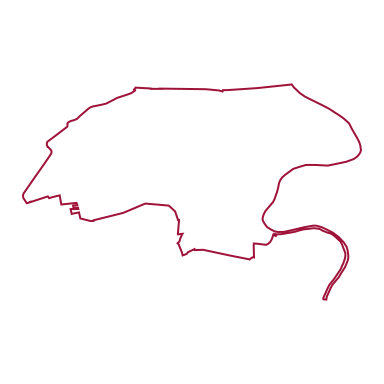 Skrunda, Skrundas, Latvia (Equal Earth projection)
{"feature_id": "27541924B8322531432805", "entity_name": "Skrunda", "entity_type": "district", "adm_level": 2, "iso_a3": "LVA", "parent_name": "Latvia", "parent_adm1": "Skrundas", "projection": "equal_earth", "projection_center": [22.017, 56.673], "detail": "fine", "context": "isolated", "style": "outline", "palette": "rose", "viewbox_px": 384, "rotation_deg": 0, "n_neighbors": 0, "source": "geoboundaries", "source_scale": "gbopen_adm2", "svg_char_len": 3254}
<svg xmlns="http://www.w3.org/2000/svg" viewBox="0 0 384 384"><path d="M135.6,87.6L134.0,89.7L135.1,90.2L134.6,91.0L133.5,91.7L132.7,92.2L131.0,93.3L126.4,94.9L117.4,97.8L106.2,103.6L101.2,104.8L96.3,105.8L93.0,106.4L90.8,107.2L90.1,107.5L88.5,108.6L79.9,116.0L77.1,118.8L74.5,120.0L71.6,120.8L69.2,121.7L68.4,122.4L67.5,123.2L67.4,124.2L67.5,124.7L67.4,126.3L67.0,126.9L58.9,133.1L51.1,139.0L47.4,141.7L46.9,143.0L46.8,144.9L47.7,147.0L48.1,147.0L49.7,148.7L50.9,150.0L51.5,151.0L51.4,153.0L51.3,153.4L49.3,156.5L45.4,162.2L41.7,167.5L41.5,167.8L41.0,168.5L34.7,177.4L34.3,178.1L33.9,178.6L27.8,187.4L23.6,193.4L23.0,195.2L23.3,197.9L26.7,203.2L29.7,202.4L29.7,202.0L30.7,201.7L30.7,202.0L47.9,196.4L49.2,198.2L51.9,197.3L55.7,196.3L59.7,195.4L61.3,204.5L76.5,202.9L77.2,205.0L75.0,205.4L74.3,205.4L73.1,205.6L73.5,208.0L77.9,207.5L78.3,209.0L70.6,209.1L71.7,213.9L79.0,212.4L80.3,218.4L90.0,220.9L92.3,221.0L93.5,221.0L93.5,220.3L123.2,212.9L145.2,203.6L146.8,203.7L163.4,205.1L163.6,205.2L168.1,205.5L169.0,205.8L175.1,211.4L175.5,212.6L176.8,216.3L178.0,220.0L179.0,219.9L179.1,220.3L179.0,221.0L178.6,225.2L178.3,229.2L177.9,233.8L177.9,234.3L182.5,233.8L181.9,234.8L180.9,237.1L180.1,239.0L179.6,241.0L179.2,241.7L177.6,243.2L178.4,243.8L182.1,252.9L182.6,255.4L186.6,254.0L188.0,252.2L194.5,249.1L194.7,250.1L203.1,249.8L230.3,255.6L249.2,259.3L249.6,259.5L251.4,258.0L253.3,257.0L254.0,257.3L253.7,246.7L253.8,243.5L256.9,243.7L260.9,244.2L266.1,244.8L268.0,243.9L270.1,242.1L272.0,238.8L273.2,234.8L274.8,235.5L276.5,236.4L274.9,234.0L276.1,234.2L277.3,234.4L278.1,234.3L280.6,234.2L283.4,233.8L287.4,233.1L290.7,232.6L294.3,231.9L296.8,231.2L299.8,230.3L303.6,229.4L305.8,229.1L310.0,228.7L313.1,228.2L314.8,228.3L318.3,228.7L318.9,228.8L319.5,229.0L320.8,229.5L322.2,230.5L324.7,231.5L327.7,232.7L330.3,233.3L333.0,234.9L335.2,236.6L340.4,241.5L341.7,243.7L342.5,245.7L345.3,253.0L345.4,255.7L345.0,258.5L344.5,259.7L344.4,260.1L343.3,263.4L341.9,266.2L340.9,268.8L338.5,272.5L333.7,279.5L332.9,280.5L331.6,282.0L329.4,284.8L327.5,288.6L323.3,298.0L323.4,299.3L326.3,299.6L326.8,296.6L330.5,288.4L332.3,284.9L338.8,277.2L341.4,272.8L345.0,267.2L347.7,260.7L348.3,257.9L348.3,255.2L347.7,250.8L346.7,247.0L343.7,242.3L338.6,237.0L332.9,232.7L326.4,229.4L321.8,227.2L316.3,225.7L312.8,225.7L303.8,227.3L292.5,230.0L283.9,231.9L277.9,232.0L274.7,231.4L270.6,229.3L267.0,227.0L264.5,223.6L262.7,220.3L262.6,218.0L263.7,214.3L265.5,210.9L273.1,202.0L274.6,199.0L275.5,196.3L277.0,192.1L278.1,187.9L279.1,182.9L280.1,180.5L282.0,177.6L285.4,174.6L289.4,171.7L293.2,168.9L299.6,166.8L305.7,165.0L311.0,164.9L316.4,165.0L327.9,165.6L346.1,161.8L353.6,159.1L354.9,158.2L355.7,157.7L357.3,156.4L359.1,154.4L360.2,152.6L361.0,150.0L360.4,146.4L360.3,145.4L359.2,142.0L357.4,138.5L354.4,133.2L352.5,130.0L350.8,126.8L349.1,123.4L346.6,121.1L343.1,118.0L338.0,114.5L335.1,112.7L329.2,108.8L321.7,104.9L315.1,101.7L314.0,101.1L309.2,98.8L304.6,96.4L299.9,93.1L293.6,87.1L291.7,84.4L288.7,84.8L257.2,88.1L239.4,89.3L227.2,90.1L223.0,90.1L222.5,91.5L219.5,90.6L218.4,90.4L209.1,89.5L205.4,89.2L160.9,88.6L161.2,88.9L156.0,88.9L152.7,88.9L151.1,88.9L151.2,88.6L150.6,88.5L149.5,88.4L136.3,87.7L135.6,87.6Z" fill="none" stroke="#9f1239" stroke-width="2"/></svg>